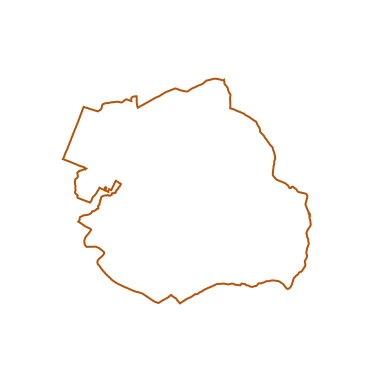 outline of Pargaresti, Bacau, Romania, rotated 204°
{"feature_id": "2599482B11675765739939", "entity_name": "Pargaresti", "entity_type": "district", "adm_level": 2, "iso_a3": "ROU", "parent_name": "Romania", "parent_adm1": "Bacau", "projection": "equal_earth", "projection_center": [26.649, 46.243], "detail": "fine", "context": "isolated", "style": "outline", "palette": "amber", "viewbox_px": 384, "rotation_deg": 204, "n_neighbors": 0, "source": "geoboundaries", "source_scale": "gbopen_adm2", "svg_char_len": 6015}
<svg xmlns="http://www.w3.org/2000/svg" viewBox="0 0 384 384"><g transform="rotate(204 192 192)"><path d="M249.8,279.4L255.7,273.5L257.1,271.9L260.8,266.4L261.1,266.0L262.4,264.7L264.2,262.6L266.7,259.1L275.8,247.0L276.4,247.5L278.1,250.0L278.9,251.3L281.5,256.9L281.9,256.7L284.1,255.6L284.8,254.7L285.6,253.8L285.4,252.7L285.0,251.5L284.4,250.4L286.2,250.2L289.1,250.1L289.9,249.7L290.2,249.5L291.6,247.0L292.2,245.7L292.9,245.2L293.5,244.8L294.8,244.7L297.4,243.9L298.1,243.5L299.5,242.5L302.2,241.1L304.1,239.6L304.7,239.2L306.5,238.3L307.1,237.9L308.9,236.2L309.2,235.7L309.3,234.7L308.9,232.8L308.7,230.9L308.9,230.2L310.9,227.3L315.8,226.8L318.9,226.4L322.0,226.1L325.6,225.7L324.6,208.6L324.3,198.7L323.4,180.0L323.5,175.7L323.2,172.4L323.3,169.5L314.6,170.0L304.8,170.2L303.3,170.4L302.1,170.7L300.9,170.7L299.6,170.4L298.2,170.4L298.5,169.9L298.6,169.2L299.3,169.2L299.8,168.8L302.1,166.5L303.6,165.5L303.4,165.1L304.2,164.1L304.6,163.0L304.5,162.5L303.5,161.4L302.7,159.9L302.5,159.2L302.6,158.3L303.6,156.6L303.7,156.1L303.7,155.6L303.3,154.0L301.8,151.3L300.9,150.0L300.6,149.4L300.3,148.3L298.9,145.8L298.9,145.5L298.9,144.4L298.6,143.8L297.9,143.3L295.0,142.4L294.8,141.6L294.9,141.0L294.1,140.1L280.8,140.9L280.4,143.2L280.6,146.3L280.4,147.3L280.1,148.2L279.5,149.3L278.9,151.7L278.7,154.1L278.3,156.2L278.3,157.6L278.3,158.3L276.0,158.1L273.5,158.2L272.7,158.1L272.9,158.7L273.2,160.7L273.0,161.2L272.4,161.3L271.9,160.9L271.9,160.3L272.0,159.7L271.7,158.6L271.7,158.0L268.4,158.1L268.9,159.2L268.9,160.9L266.5,160.9L266.3,168.8L266.4,169.9L266.1,170.4L266.1,171.3L260.2,170.4L260.2,168.5L260.4,167.4L260.9,166.3L260.8,164.8L260.9,164.3L261.3,164.0L261.9,162.4L261.5,160.6L261.8,159.8L262.7,159.7L262.7,159.4L263.1,159.0L263.6,158.7L264.3,158.5L264.6,158.2L264.6,157.8L264.3,156.7L264.3,156.4L264.8,155.9L266.3,154.8L267.8,155.0L268.9,153.9L269.9,153.6L270.6,153.1L272.0,151.8L272.8,150.7L272.6,150.1L272.7,149.9L272.4,148.6L272.5,148.2L272.4,147.7L272.6,147.2L272.3,147.1L272.0,146.0L271.8,145.6L271.9,144.5L271.9,143.8L271.7,143.6L271.4,143.1L271.4,142.5L271.9,141.9L272.0,141.5L271.9,140.8L271.8,140.3L271.4,139.9L270.9,139.1L271.0,138.5L271.8,138.1L272.2,137.8L272.4,136.8L272.6,136.4L273.2,135.5L273.8,134.8L275.3,133.7L275.5,133.3L275.3,132.7L275.4,132.2L275.6,131.5L276.2,130.6L277.0,129.5L280.0,127.4L281.7,126.5L282.1,125.8L283.0,124.7L284.1,123.5L284.0,122.5L283.3,120.5L283.6,119.1L283.9,118.7L283.7,118.5L281.5,118.4L275.5,117.2L269.6,117.0L268.8,116.5L269.0,115.0L269.9,110.9L270.8,108.0L270.9,105.6L270.5,103.4L268.9,100.8L267.9,99.9L266.6,99.2L266.0,99.0L257.7,102.9L254.2,103.0L250.3,102.0L247.8,101.2L247.5,100.3L247.3,99.2L247.6,97.9L248.2,96.3L249.5,93.8L250.3,91.5L250.1,89.8L248.9,87.9L246.5,86.9L243.9,85.2L240.1,83.3L237.0,81.9L233.5,80.6L231.6,80.1L229.7,79.2L226.5,78.5L222.9,78.0L214.9,77.8L210.9,77.9L205.8,77.9L202.6,78.1L199.0,78.8L196.2,79.0L193.9,78.7L182.1,76.6L177.5,76.9L175.1,80.5L171.2,85.6L169.2,89.5L168.0,89.0L165.8,88.5L163.8,88.3L163.1,88.1L162.5,87.8L161.7,87.2L160.0,86.5L158.2,85.4L157.7,85.3L156.8,86.9L156.1,87.8L153.9,91.3L151.6,94.2L150.6,95.1L149.7,96.4L148.3,98.7L148.0,99.5L147.6,99.9L147.0,100.1L146.6,100.4L145.9,100.6L144.7,102.1L144.6,103.0L143.0,104.6L141.8,106.6L141.4,107.3L138.7,110.4L136.9,112.3L136.0,113.2L132.6,117.2L131.3,118.5L130.7,118.7L129.7,119.2L128.9,119.5L127.3,120.3L126.7,120.8L125.6,121.3L122.0,122.1L121.2,122.4L120.5,122.8L118.9,124.2L116.7,125.1L115.2,124.8L110.0,126.3L109.5,128.5L105.9,129.4L104.4,128.8L103.1,129.4L101.9,129.5L100.8,129.3L100.3,129.3L98.3,129.8L96.6,131.4L95.7,131.9L94.9,132.6L94.6,133.4L94.4,134.6L94.2,135.1L93.9,135.5L93.6,135.9L91.7,136.6L91.0,137.5L89.7,138.5L88.9,139.3L88.3,140.2L87.9,140.7L86.8,141.2L85.9,141.5L85.5,141.7L84.7,142.5L83.6,143.3L82.2,144.1L78.4,145.3L76.4,145.8L71.4,145.0L69.8,144.1L66.5,142.4L65.5,142.3L64.6,142.7L64.1,143.4L63.6,144.6L63.3,145.3L63.2,146.0L63.2,147.7L63.3,149.4L63.9,153.9L64.0,155.1L63.4,156.0L62.9,157.9L61.8,159.5L61.4,162.1L59.6,164.0L59.0,167.0L58.7,169.3L58.4,170.0L58.6,170.8L58.8,171.5L59.7,173.1L60.6,174.2L61.0,175.1L60.7,176.3L60.5,179.0L60.7,179.5L61.0,180.6L61.9,181.9L62.4,182.2L62.9,183.1L63.4,184.9L63.7,186.5L64.0,187.4L64.1,191.4L64.4,192.3L65.1,193.6L65.6,194.1L66.8,196.3L67.6,197.0L68.5,197.7L69.5,199.5L70.1,200.1L70.8,200.8L70.9,203.8L70.8,205.6L70.3,207.6L70.2,208.8L70.2,210.4L72.6,214.5L73.7,215.5L74.6,217.0L74.3,218.1L75.2,218.5L75.3,218.7L75.0,218.9L75.1,219.2L75.6,219.1L76.6,219.6L76.8,220.0L76.2,220.3L79.5,222.9L82.3,225.7L83.4,227.0L84.6,234.1L84.9,235.1L86.0,236.3L86.7,236.6L87.9,236.6L88.9,236.5L90.7,236.1L92.1,235.9L92.6,235.6L94.4,235.4L95.2,235.4L95.9,235.6L97.5,236.7L101.7,237.8L102.7,237.6L103.1,237.1L103.2,236.1L103.4,235.8L103.9,235.5L104.7,235.4L107.2,237.1L108.9,237.5L110.5,238.0L112.8,237.8L114.3,237.9L116.5,237.7L120.3,237.8L124.1,239.7L125.0,240.4L125.6,241.4L126.0,242.8L126.4,243.6L127.5,247.6L128.0,248.8L128.2,249.6L128.2,251.0L129.3,253.1L129.4,253.5L129.4,255.5L129.5,256.1L129.9,256.9L130.9,258.9L131.3,259.4L132.0,260.0L133.1,261.6L134.6,263.1L135.6,264.2L136.3,265.3L136.7,265.6L137.6,266.0L140.4,267.1L141.5,268.0L142.8,268.6L145.5,270.3L147.0,270.9L148.7,272.3L150.7,273.3L151.6,273.5L152.9,274.1L153.8,274.3L154.0,274.5L154.5,275.1L155.2,276.4L156.0,277.5L156.5,277.9L156.8,278.3L158.1,279.0L159.7,280.2L161.1,281.5L162.0,282.3L162.4,282.4L163.9,282.5L165.7,282.9L166.4,282.9L167.3,283.2L168.4,283.3L170.2,283.8L174.1,284.0L174.9,284.2L176.1,284.6L180.9,284.6L183.9,284.4L187.3,284.5L191.2,284.0L192.1,286.5L194.6,291.7L195.1,292.3L195.7,294.3L196.3,296.3L197.3,297.4L197.9,297.4L200.0,299.3L202.0,301.8L206.4,304.1L207.7,306.7L208.3,307.4L208.4,307.0L208.7,306.7L209.9,306.4L211.2,306.3L213.1,305.9L214.8,305.6L215.8,305.3L218.0,304.4L218.6,304.0L220.3,302.5L224.2,299.6L226.2,295.2L227.7,293.5L230.2,291.1L231.0,289.9L234.2,286.5L236.4,282.9L237.0,282.1L237.8,281.6L239.5,281.1L241.1,280.8L243.1,280.3L248.9,280.0L249.8,279.4Z" fill="none" stroke="#b45309" stroke-width="2"/></g></svg>